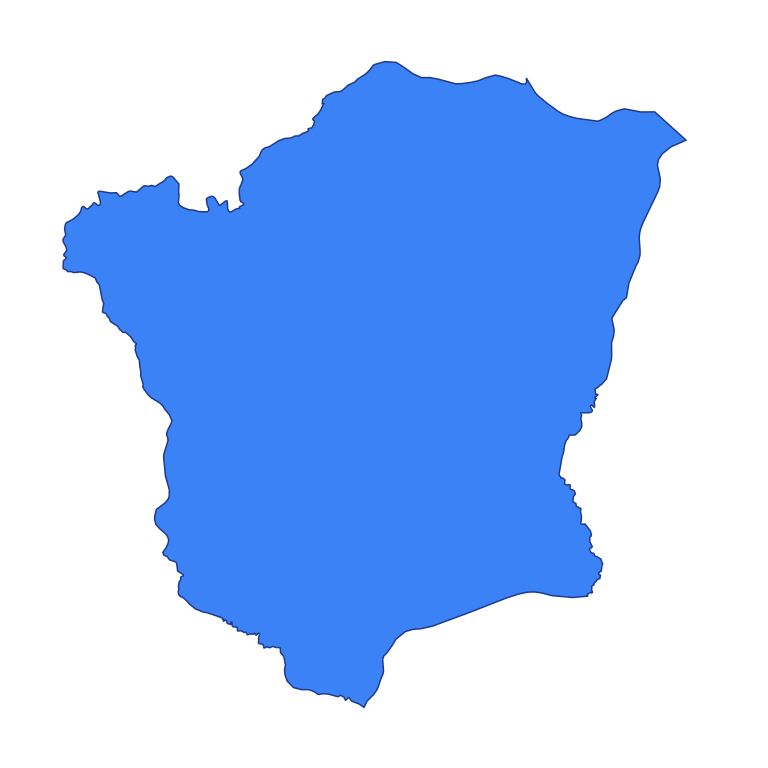 Vapy, Saravan, Laos, rotated 357°
{"feature_id": "54806243B822466577686", "entity_name": "Vapy", "entity_type": "district", "adm_level": 2, "iso_a3": "LAO", "parent_name": "Laos", "parent_adm1": "Saravan", "projection": "mercator", "projection_center": [105.952, 15.765], "detail": "fine", "context": "isolated", "style": "filled", "palette": "blue", "viewbox_px": 768, "rotation_deg": 357, "n_neighbors": 0, "source": "geoboundaries", "source_scale": "gbopen_adm2", "svg_char_len": 6092}
<svg xmlns="http://www.w3.org/2000/svg" viewBox="0 0 768 768"><g transform="rotate(357 384 384)"><path d="M347.1,705.9L350.4,699.9L357.6,693.3L360.7,689.4L362.4,686.3L364.8,679.8L368.1,672.8L368.5,670.5L368.3,659.0L368.8,657.1L369.9,655.3L372.9,652.6L378.6,645.4L382.6,639.5L392.2,632.4L399.5,630.6L408.2,630.3L419.9,628.3L458.6,616.2L494.7,604.2L506.7,601.0L513.4,599.8L517.0,599.4L523.2,599.5L530.0,600.8L541.0,604.2L561.5,607.1L576.3,606.5L576.1,605.1L576.8,604.2L579.2,602.9L580.5,603.6L581.3,603.0L580.6,600.5L581.0,596.6L583.1,595.6L583.5,593.8L585.4,592.3L586.5,590.6L589.4,589.5L590.2,586.4L588.7,585.7L588.5,584.4L589.2,583.1L591.1,582.4L592.1,577.2L593.0,574.9L592.2,573.4L591.4,570.1L587.8,567.7L585.6,566.8L584.5,564.0L582.2,563.6L580.5,560.1L580.8,559.0L582.6,558.4L583.5,557.4L581.4,552.3L581.3,548.3L583.2,546.2L582.8,542.8L581.9,540.7L577.5,534.4L573.8,534.3L573.2,533.6L574.3,527.2L573.6,521.8L574.1,518.6L572.1,517.9L571.3,516.8L569.7,516.4L569.4,513.4L566.9,511.7L566.5,511.0L567.4,506.0L569.4,503.9L568.4,500.5L564.5,498.6L564.2,497.3L564.7,496.0L564.6,494.6L563.5,494.1L561.4,494.5L559.7,494.0L559.2,493.0L559.7,489.3L557.8,487.3L555.9,487.4L555.6,485.9L554.2,484.6L554.1,483.2L558.0,466.3L559.8,461.5L561.1,454.7L562.7,450.5L565.6,446.9L566.1,445.1L567.0,444.7L571.3,444.9L572.7,444.6L577.1,440.7L579.2,437.2L579.4,433.5L578.8,428.4L579.7,425.9L579.0,423.9L579.1,423.1L586.6,423.4L588.7,423.3L590.3,422.4L590.7,420.9L589.7,419.5L588.9,416.9L589.5,416.2L590.5,415.9L592.4,418.1L593.2,417.9L593.0,412.7L595.1,409.6L593.8,408.9L593.8,408.3L596.9,406.2L597.0,405.7L594.9,405.2L594.4,400.3L597.9,398.2L599.5,396.5L600.8,396.2L606.5,390.5L612.3,371.6L612.8,368.3L613.4,354.6L615.8,348.1L616.7,341.9L614.9,330.3L627.0,313.0L630.0,311.1L630.9,309.5L633.8,296.2L641.9,279.0L644.0,275.9L645.3,272.1L646.4,268.7L646.7,264.7L646.5,251.8L647.1,247.0L648.4,242.5L650.7,237.2L667.5,206.4L669.6,201.3L670.7,193.8L668.5,179.8L669.9,174.1L673.9,168.7L683.3,162.0L698.4,156.3L668.5,126.4L654.7,125.8L639.0,121.9L636.5,122.1L629.8,123.7L626.3,125.3L619.1,129.8L612.4,132.5L610.4,132.6L590.4,128.8L582.9,126.4L576.8,123.8L572.1,120.8L561.3,112.0L553.0,104.3L550.3,101.1L542.1,85.9L542.2,90.3L540.8,91.9L537.4,91.6L524.6,85.6L517.1,82.9L511.3,81.3L501.4,83.5L493.6,86.2L486.1,87.4L477.0,88.1L471.0,87.9L454.5,82.5L446.1,80.4L437.5,80.0L429.1,75.7L420.0,68.4L413.0,63.5L401.9,62.1L391.9,64.3L390.1,65.1L385.2,70.6L381.8,73.5L373.4,78.3L370.6,81.0L364.0,83.6L357.1,89.1L354.5,89.7L349.7,89.8L341.8,92.9L339.8,95.6L337.6,96.6L337.0,100.8L338.7,100.6L338.7,101.2L337.2,103.1L335.0,107.3L331.8,111.3L326.8,115.2L326.8,116.2L328.3,117.8L327.1,122.3L326.5,122.5L325.3,124.4L321.9,125.0L321.5,125.5L321.7,126.9L321.1,127.7L319.2,128.6L316.1,129.3L311.9,131.8L307.9,131.7L303.9,133.5L297.8,133.6L291.7,135.5L281.9,141.0L278.0,141.8L274.8,143.6L272.9,146.6L271.4,150.0L263.5,157.8L257.5,161.5L252.3,163.6L251.4,164.7L251.4,166.1L253.6,171.1L253.6,173.2L249.8,181.2L249.4,186.4L249.9,193.0L250.4,194.3L253.1,196.2L253.4,197.0L253.2,197.6L249.1,199.4L248.8,199.8L249.0,200.9L245.7,201.4L240.0,204.3L238.5,203.9L237.0,201.1L237.1,194.0L236.8,192.9L235.2,193.0L230.2,196.7L228.9,197.0L224.9,189.5L223.0,187.8L221.7,187.5L217.7,188.7L216.3,190.0L216.7,195.4L218.2,200.0L218.0,201.7L217.1,202.5L215.6,202.8L207.9,202.1L203.2,200.4L198.7,199.9L193.2,197.6L189.5,195.1L188.1,192.3L189.3,184.1L188.9,181.8L189.7,173.6L184.6,166.9L183.4,165.7L181.6,165.2L177.7,166.7L174.8,170.0L170.2,172.2L165.8,174.9L162.5,173.5L158.7,174.3L155.4,173.4L154.1,173.8L147.0,179.4L140.3,178.0L138.1,178.7L131.2,182.7L129.5,182.4L126.9,179.0L120.8,178.9L110.3,176.6L108.8,176.8L108.3,177.8L110.3,186.9L110.3,188.5L109.5,190.4L107.8,190.8L104.8,188.1L103.4,187.9L102.1,189.8L97.8,193.5L97.0,193.7L95.8,193.4L93.6,191.1L92.3,191.2L91.2,192.2L90.2,195.7L87.6,199.0L81.6,203.5L75.2,206.3L74.2,207.8L73.1,212.5L73.9,218.0L73.6,219.3L71.1,222.5L71.0,223.5L71.2,225.5L73.6,230.5L74.1,232.8L73.8,234.4L70.9,238.1L71.2,239.3L73.4,241.2L72.8,242.4L71.1,243.4L70.2,244.6L69.6,251.5L69.9,252.1L72.6,253.5L74.1,255.2L77.0,255.3L80.2,256.5L86.0,256.2L89.3,256.8L94.7,259.1L101.2,263.1L102.7,267.3L104.9,270.2L107.0,285.0L108.3,288.7L106.7,296.5L106.9,297.7L109.9,299.1L110.5,299.8L111.2,302.0L113.3,304.2L113.8,306.8L114.4,307.6L121.2,312.5L122.8,315.6L124.2,316.7L125.6,318.6L128.8,319.1L130.9,321.0L133.7,323.9L136.2,328.4L138.8,330.8L138.7,331.6L137.5,332.4L137.9,334.2L137.3,336.9L138.9,343.3L140.9,347.3L141.0,352.8L141.7,358.3L141.5,363.4L143.7,372.1L142.8,373.9L144.2,377.0L147.8,382.3L150.5,385.3L159.4,391.5L162.1,394.4L163.6,397.5L167.8,403.1L170.2,409.1L169.8,411.5L166.1,417.8L164.4,421.8L164.3,424.0L165.1,425.7L165.4,429.1L160.6,442.2L160.1,444.9L160.9,464.4L164.1,478.4L163.6,484.7L162.8,487.1L159.2,491.2L150.1,497.4L148.4,502.9L147.8,506.7L148.8,512.3L152.3,516.6L158.9,523.1L160.2,525.9L160.8,528.3L160.2,531.3L158.1,535.7L154.3,540.6L155.2,543.4L158.5,545.1L160.6,548.4L166.8,550.9L167.6,552.6L168.1,560.0L173.6,564.0L173.5,565.1L171.2,565.9L170.7,567.2L170.8,568.9L169.0,570.9L168.0,576.1L168.5,578.0L167.8,579.9L167.7,582.0L168.2,584.1L169.6,585.5L172.5,587.0L176.5,591.3L177.9,593.4L183.9,598.7L191.5,602.3L195.8,603.3L209.9,609.0L210.7,610.7L211.7,610.6L211.2,612.3L211.5,612.5L213.2,611.6L214.5,612.1L214.7,614.6L215.2,615.0L218.2,616.0L218.8,613.8L219.6,613.9L219.8,617.7L220.9,618.7L223.9,619.0L224.7,619.5L224.8,622.9L228.5,623.0L231.1,624.7L232.9,624.5L234.4,627.3L237.6,626.5L240.0,627.2L241.7,626.1L242.9,628.0L243.4,628.1L244.8,626.5L246.0,626.2L246.6,627.0L245.4,631.7L245.6,634.1L245.0,635.2L245.1,636.0L246.0,636.9L248.2,637.2L249.8,638.2L250.2,641.2L251.5,641.2L253.3,640.3L256.0,641.4L259.5,640.2L262.2,641.5L265.3,641.7L266.6,642.3L266.6,647.0L268.7,649.3L269.8,651.5L270.9,659.6L269.7,664.0L269.9,669.1L271.8,675.7L277.7,682.4L285.6,684.9L292.8,685.3L298.1,687.5L302.2,690.7L305.9,690.1L312.2,690.7L321.3,693.8L322.5,693.6L324.1,692.5L327.6,694.6L328.9,697.7L329.8,697.4L332.1,695.2L332.8,695.2L334.3,698.2L335.9,699.4L342.1,702.1L347.1,705.9Z" fill="#3b82f6" stroke="#1e3a8a" stroke-width="1.5"/></g></svg>